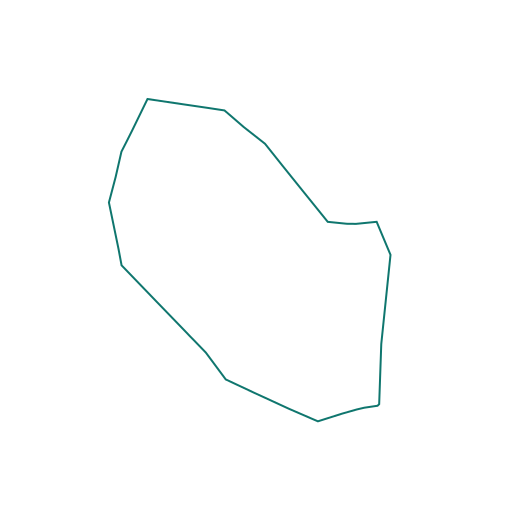 outline of Herlen, Dornod, Mongolia, rotated 241°
{"feature_id": "93677404B55540968795469", "entity_name": "Herlen", "entity_type": "district", "adm_level": 2, "iso_a3": "MNG", "parent_name": "Mongolia", "parent_adm1": "Dornod", "projection": "natural_earth1", "projection_center": [114.567, 48.063], "detail": "fine", "context": "isolated", "style": "outline", "palette": "teal", "viewbox_px": 512, "rotation_deg": 241, "n_neighbors": 0, "source": "geoboundaries", "source_scale": "gbopen_adm2", "svg_char_len": 626}
<svg xmlns="http://www.w3.org/2000/svg" viewBox="0 0 512 512"><g transform="rotate(241 256 256)"><path d="M66.1,289.7L66.7,291.9L118.3,322.9L191.8,374.2L227.4,378.1L235.6,359.1L240.2,351.0L251.1,335.3L290.0,328.5L321.8,323.0L349.8,318.3L374.7,307.8L381.8,305.2L398.6,299.0L408.7,285.9L423.8,266.1L445.9,237.2L425.8,208.5L419.3,199.0L412.5,188.9L393.1,171.5L374.1,153.3L328.9,139.2L313.0,133.9L264.3,146.9L224.9,157.5L217.6,159.4L213.0,160.7L195.8,165.3L162.7,169.7L153.3,176.5L137.5,187.9L106.2,210.9L87.2,225.5L81.4,230.0L76.4,254.8L72.9,269.8L70.8,277.2L66.1,289.7Z" fill="none" stroke="#0f766e" stroke-width="2"/></g></svg>